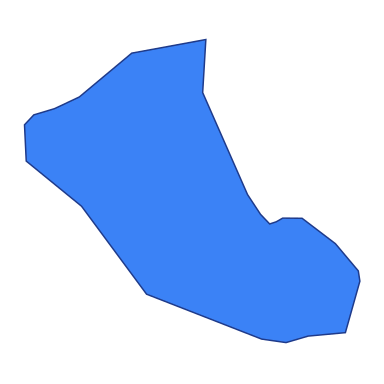 Luce, Natural Earth projection, rotated 89°
{"feature_id": "SVN-210", "entity_name": "Luce", "entity_type": "Municipality", "adm_level": 1, "iso_a3": "SVN", "parent_name": "Slovenia", "parent_adm1": "", "projection": "natural_earth1", "projection_center": [14.735, 46.359], "detail": "fine", "context": "isolated", "style": "filled", "palette": "blue", "viewbox_px": 384, "rotation_deg": 89, "n_neighbors": 0, "source": "natural_earth", "source_scale": "10m", "svg_char_len": 447}
<svg xmlns="http://www.w3.org/2000/svg" viewBox="0 0 384 384"><g transform="rotate(89 192 192)"><path d="M335.3,41.1L338.1,78.4L344.2,100.6L340.3,124.9L293.4,239.2L204.3,302.7L158.2,357.2L121.9,358.3L112.1,348.8L106.3,328.1L95.0,303.0L52.1,249.8L39.8,175.5L92.8,179.6L195.6,136.5L215.5,123.9L225.3,114.9L223.3,108.4L219.7,101.8L220.2,82.4L246.2,49.5L273.8,27.1L284.1,25.7L335.3,41.1Z" fill="#3b82f6" stroke="#1e3a8a" stroke-width="1.5"/></g></svg>